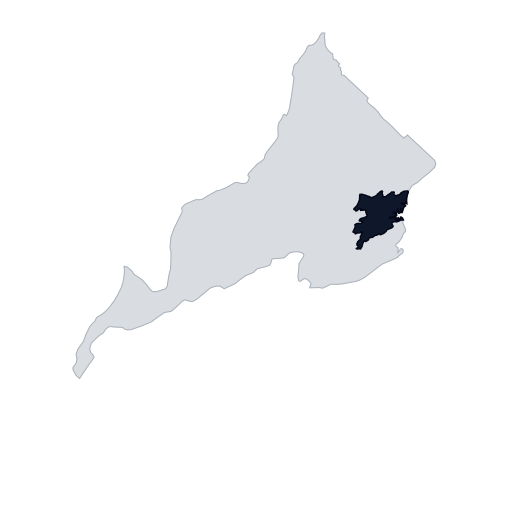 location of Littoral within Cameroon, rotated 223°
{"feature_id": "CMR-1476", "entity_name": "Littoral", "entity_type": "Province", "adm_level": 1, "iso_a3": "CMR", "parent_name": "Cameroon", "parent_adm1": "", "projection": "equal_earth", "projection_center": [10.043, 4.313], "detail": "fine", "context": "in_parent", "style": "filled", "palette": "ink", "viewbox_px": 512, "rotation_deg": 223, "n_neighbors": 0, "source": "natural_earth", "source_scale": "10m", "svg_char_len": 9172}
<svg xmlns="http://www.w3.org/2000/svg" viewBox="0 0 512 512"><g transform="rotate(223 256 256)"><path d="M151.5,352.1L152.4,349.2L158.3,335.8L162.0,314.2L163.7,309.2L165.4,305.8L174.0,294.3L177.2,290.7L181.9,286.5L185.2,278.1L186.3,277.2L187.7,276.5L195.1,269.3L195.8,270.7L196.3,272.4L196.8,273.2L199.2,273.8L202.5,273.7L204.4,273.2L205.4,271.8L206.4,267.8L207.0,267.1L207.8,266.9L211.4,269.6L217.3,277.5L218.8,278.8L219.5,280.4L220.8,287.5L221.5,289.2L222.8,289.9L225.1,289.5L227.5,288.2L229.6,286.4L231.7,284.1L233.1,281.9L233.7,280.4L234.0,274.6L234.5,273.3L242.2,264.9L242.0,264.1L240.7,261.8L239.6,259.2L240.7,256.5L241.9,254.4L246.4,247.5L246.6,242.4L250.2,234.5L252.2,224.0L252.3,221.9L256.9,210.4L261.8,209.4L263.7,207.7L265.8,204.9L267.2,202.2L267.9,199.7L268.4,194.8L269.2,189.2L269.7,184.4L271.2,179.8L273.6,177.6L277.9,175.7L278.5,174.8L279.1,171.8L279.7,161.8L280.4,157.4L284.3,152.5L286.1,144.7L287.6,136.5L292.0,126.7L297.2,116.9L299.6,114.3L301.7,113.1L304.0,112.9L305.6,112.2L311.3,107.3L313.6,105.7L315.3,104.0L315.7,102.5L315.9,100.4L315.3,95.3L316.3,91.6L316.8,85.9L317.0,81.4L316.8,79.9L315.8,77.3L314.0,74.5L311.2,72.8L307.3,72.4L305.3,71.4L304.5,66.2L304.2,63.0L301.5,46.0L306.4,46.0L312.3,48.0L313.8,49.6L314.6,55.4L316.8,58.7L320.6,61.4L322.9,67.0L323.9,75.5L326.0,80.6L326.5,81.4L329.4,91.1L329.6,95.5L329.4,98.5L330.6,102.2L328.9,108.5L328.3,112.4L328.2,117.9L329.3,127.5L331.1,134.9L333.0,141.0L335.1,145.6L338.5,150.8L342.1,155.5L345.5,158.5L342.4,160.2L336.4,160.4L332.9,159.4L331.3,159.4L329.6,160.0L323.2,160.9L316.7,160.5L310.6,159.3L307.0,159.5L304.2,162.4L301.9,166.7L299.8,170.1L300.5,173.9L302.2,176.0L305.3,180.6L308.1,185.0L309.5,188.0L315.1,194.6L320.5,200.5L323.1,202.5L324.0,202.9L327.0,206.3L331.1,211.8L334.8,220.5L340.1,237.8L341.3,239.2L343.1,240.2L343.3,242.0L343.2,244.7L342.6,246.9L338.5,256.0L334.8,259.5L333.8,261.6L332.4,266.9L329.1,277.2L327.7,278.6L324.4,285.6L321.8,294.4L321.1,295.8L320.0,296.9L316.2,299.1L314.9,300.1L312.9,302.9L312.7,304.7L313.6,307.2L314.7,309.2L316.7,309.2L317.8,311.1L317.8,324.8L316.9,326.8L316.9,327.7L316.5,330.1L316.4,332.7L316.6,333.8L317.4,334.6L318.5,336.4L319.1,340.6L320.4,355.4L321.0,357.8L322.1,359.4L325.5,362.6L329.1,366.8L330.2,369.5L330.9,374.0L332.2,377.5L332.2,378.7L331.6,379.1L329.4,379.4L330.2,382.0L332.0,386.4L341.1,400.1L349.8,412.3L351.9,413.2L353.4,413.5L354.0,414.2L354.8,416.0L357.8,420.4L358.3,423.0L357.6,425.4L358.3,429.2L358.8,430.6L358.7,431.9L359.0,436.5L359.8,440.6L361.1,444.0L360.9,446.5L359.2,447.8L358.3,450.1L358.0,453.2L358.5,457.1L359.8,461.6L359.8,464.3L357.7,466.0L355.4,462.9L352.8,460.8L349.0,457.2L345.1,455.9L340.1,455.6L337.9,456.1L334.2,453.1L333.0,452.7L331.3,454.0L330.2,454.0L328.8,453.5L325.9,453.6L325.6,451.5L325.1,451.1L322.1,451.3L321.1,449.5L320.7,449.7L319.5,449.2L317.0,446.7L314.4,448.3L309.0,448.1L281.7,448.1L281.0,445.7L279.7,444.6L277.2,444.4L270.0,444.9L264.4,444.5L260.7,443.6L256.1,443.1L250.4,443.5L244.5,443.5L234.0,442.9L228.2,443.0L228.4,444.4L228.0,445.4L227.7,447.8L190.6,447.8L187.6,446.2L186.7,445.1L186.4,443.0L185.7,442.8L186.3,434.1L187.5,426.8L188.0,420.1L189.8,414.1L188.8,408.2L187.8,405.6L182.2,397.1L184.7,393.9L181.4,394.4L180.6,391.3L179.0,387.5L180.0,386.9L181.0,384.8L184.0,385.5L183.9,384.5L181.3,381.3L181.5,379.7L182.6,377.9L182.1,377.2L180.2,379.0L178.8,379.0L177.8,377.8L177.0,377.6L177.5,380.0L176.4,382.2L175.4,382.9L173.7,382.8L172.3,382.2L171.9,381.0L170.6,380.1L166.8,378.5L163.7,376.6L163.1,371.5L161.9,369.3L161.4,366.8L161.1,363.9L161.5,359.6L160.7,358.9L159.8,358.6L158.4,358.8L157.2,358.6L155.7,356.2L154.4,355.2L155.2,359.7L154.3,360.9L152.1,360.6L151.1,358.9L150.9,357.6L151.9,352.2L151.5,352.1Z" fill="#d9dde1" stroke="#a8b0b8" stroke-width="1"/><path d="M189.2,407.1L188.8,407.0L188.5,406.9L188.3,406.7L188.1,406.5L187.9,406.1L187.2,404.3L185.2,400.9L184.0,399.5L181.3,397.1L182.0,396.9L182.6,396.5L184.9,394.1L185.5,393.8L186.2,393.8L185.3,393.5L184.6,393.9L183.9,394.5L183.1,394.8L181.2,395.0L180.9,394.8L180.8,394.4L180.9,393.9L181.4,393.5L180.5,390.9L179.2,388.5L178.9,387.6L178.7,386.7L179.4,387.6L179.6,387.7L179.7,387.9L179.9,388.7L180.0,389.0L180.4,389.2L180.9,389.3L181.9,389.3L181.6,389.1L180.8,388.7L180.5,388.5L180.4,388.4L180.3,388.2L180.1,387.8L179.9,387.1L180.0,386.1L180.3,385.2L180.8,384.7L181.8,385.9L182.4,386.1L182.7,385.2L183.6,385.8L183.9,386.2L184.2,386.7L184.3,386.3L184.3,385.9L184.2,385.5L184.0,385.2L184.4,385.2L183.1,384.6L182.5,384.1L182.3,383.4L182.6,382.9L183.4,382.6L184.1,382.4L184.7,382.4L184.7,382.2L184.5,381.9L184.7,381.6L182.0,382.2L181.1,382.1L180.7,381.5L180.8,380.6L181.3,379.7L181.8,379.3L182.3,378.8L183.5,376.4L184.3,375.8L184.4,375.6L184.5,375.2L184.4,375.0L184.0,375.3L183.5,375.8L183.2,376.1L183.0,376.6L182.9,376.6L182.9,375.8L182.4,376.3L181.5,378.1L181.0,378.9L180.4,379.3L179.6,379.6L179.1,379.4L179.1,378.6L178.7,379.1L178.2,378.7L177.7,378.0L177.4,377.2L177.6,376.3L177.5,376.2L177.9,376.0L178.1,375.7L178.4,375.0L178.6,374.6L179.0,374.2L179.2,373.9L179.1,373.5L178.9,372.7L178.7,372.3L178.3,372.0L176.4,371.5L175.8,371.0L175.8,370.1L176.0,369.0L177.9,365.0L178.1,364.2L177.8,363.2L177.7,362.6L177.9,360.5L178.1,359.5L179.0,357.4L179.4,356.6L179.6,356.3L180.2,356.3L180.6,356.4L180.8,356.4L181.1,356.3L181.3,355.9L181.4,354.7L182.2,353.2L182.9,352.4L183.2,351.5L183.2,350.6L183.3,350.2L183.4,349.6L183.7,349.0L184.6,347.9L185.1,347.0L185.4,346.7L185.5,346.3L185.6,345.9L185.0,345.0L184.8,344.5L184.9,344.0L185.1,343.1L185.4,341.9L185.9,341.2L186.9,340.9L187.2,340.5L187.1,339.8L186.5,338.2L186.2,337.4L185.1,335.6L184.7,334.2L184.4,332.8L184.4,332.4L184.6,332.1L184.8,332.0L185.1,332.0L185.4,331.9L185.7,331.7L186.7,330.1L187.6,329.9L187.4,332.6L187.9,333.4L188.2,333.4L188.4,333.3L188.7,333.0L189.0,332.8L189.3,332.7L189.6,332.9L190.5,333.8L190.7,334.1L190.8,334.4L190.9,335.0L191.3,335.9L191.3,337.5L191.0,338.3L191.1,338.5L191.3,339.1L191.5,339.8L191.6,340.2L191.7,340.4L192.8,341.1L192.9,341.3L193.0,341.7L193.1,342.6L193.2,343.0L193.3,343.3L193.6,343.6L194.1,344.2L194.2,345.4L194.5,345.8L194.8,345.8L195.0,345.8L195.1,345.7L195.3,345.7L196.0,343.7L196.2,343.4L196.4,343.1L197.4,342.2L197.7,341.7L197.9,341.2L198.1,340.7L198.3,340.1L198.6,340.0L198.9,340.1L199.2,340.2L199.5,340.3L199.8,340.3L200.4,340.0L200.7,339.9L201.5,339.8L201.8,340.4L202.0,341.7L202.3,342.3L202.6,343.0L203.1,344.7L203.4,345.1L204.0,345.5L204.3,345.9L204.5,346.1L205.0,346.4L204.5,348.1L203.9,349.0L203.0,350.0L201.8,350.8L201.6,351.1L201.4,351.8L201.2,353.8L201.4,354.0L201.6,354.1L203.0,353.0L203.9,352.4L204.5,352.2L204.8,352.8L204.9,353.3L205.0,353.8L205.0,354.2L204.8,354.8L204.7,355.2L204.5,355.6L203.3,357.3L202.3,359.6L202.1,360.3L202.0,360.9L202.0,361.2L202.0,361.5L202.2,361.8L202.4,361.9L202.7,361.9L203.1,361.8L203.4,361.7L203.7,361.9L204.2,362.4L204.5,362.6L205.0,362.7L205.4,362.9L205.7,363.2L206.0,363.5L206.3,363.8L207.4,364.0L207.7,363.9L208.1,363.6L209.2,362.2L209.7,361.9L210.0,361.5L210.1,361.3L210.3,361.0L210.6,360.7L210.8,360.8L210.9,361.1L211.0,361.5L211.2,361.9L211.6,362.1L212.4,361.0L212.8,360.1L213.0,358.2L213.2,357.6L213.4,357.3L213.7,357.1L214.1,357.0L214.4,357.1L214.7,357.3L215.0,357.3L215.2,357.2L215.8,356.9L216.1,356.9L216.3,356.9L216.5,357.1L216.6,358.1L216.5,361.6L217.4,364.7L218.7,367.8L221.6,371.2L221.7,371.4L222.0,371.9L221.3,372.7L220.5,373.5L220.2,373.7L220.0,373.8L218.5,374.3L218.2,374.6L217.8,375.0L217.4,374.9L216.3,375.6L215.0,375.9L214.1,376.6L213.5,376.8L212.9,376.8L212.6,376.8L212.4,376.9L212.2,377.1L211.7,377.3L211.2,377.7L211.0,377.8L210.8,378.3L210.4,379.0L210.2,379.7L209.6,381.1L209.3,381.9L209.1,382.6L209.1,383.0L209.3,384.0L209.3,384.5L209.3,384.8L209.0,386.2L209.1,387.2L208.8,388.3L208.6,388.8L208.4,389.2L208.1,389.5L207.8,389.6L207.5,389.5L207.3,389.2L206.8,388.3L206.5,387.9L206.1,387.6L205.2,387.2L204.9,387.1L204.7,386.9L204.5,386.6L204.3,386.4L203.9,385.9L202.4,386.9L201.8,387.7L201.5,388.6L201.4,389.1L201.2,390.8L200.6,392.9L200.5,393.5L200.4,395.2L200.3,395.4L200.2,395.5L199.8,395.8L199.1,396.6L198.8,396.8L198.7,396.9L198.4,396.9L198.2,396.7L197.8,395.8L197.3,395.3L196.8,394.9L196.4,394.7L196.3,394.8L196.1,395.0L195.9,395.2L195.2,395.3L194.9,395.5L194.7,395.6L194.5,395.9L194.4,396.1L194.3,396.3L194.2,396.6L193.8,397.4L193.6,397.7L193.1,398.2L193.0,398.3L193.0,398.5L192.9,399.1L192.8,399.8L192.9,400.3L193.0,400.8L193.0,401.1L192.9,401.2L192.8,401.3L192.6,401.7L192.6,401.8L192.5,402.0L192.6,402.3L192.6,402.5L191.9,404.3L191.8,404.5L191.6,404.7L190.9,405.3L190.6,405.6L190.3,406.0L190.1,406.4L189.9,406.6L189.7,406.8L189.2,407.1L189.2,407.1ZM176.2,377.2L176.3,377.4L176.5,377.5L177.0,377.8L177.0,378.0L177.3,378.9L177.6,379.3L178.1,379.8L178.3,380.4L178.0,381.1L177.6,380.9L177.4,380.9L177.2,380.7L176.8,380.4L176.5,379.6L176.3,379.4L176.2,379.3L176.1,379.2L176.1,378.9L175.7,378.9L175.5,379.1L175.4,379.3L175.3,379.7L176.1,380.3L176.3,380.6L176.3,381.1L176.3,381.4L176.1,381.7L176.1,382.3L176.2,382.5L176.6,382.9L176.8,383.1L176.5,383.4L176.0,383.5L175.0,383.7L174.5,383.6L173.6,383.2L173.2,383.1L172.8,382.9L173.7,381.8L174.2,381.4L174.5,381.3L174.6,381.2L174.7,380.7L175.0,379.8L176.1,377.3L176.2,377.2Z" fill="#0f172a" stroke="#020617" stroke-width="1.5"/></g></svg>